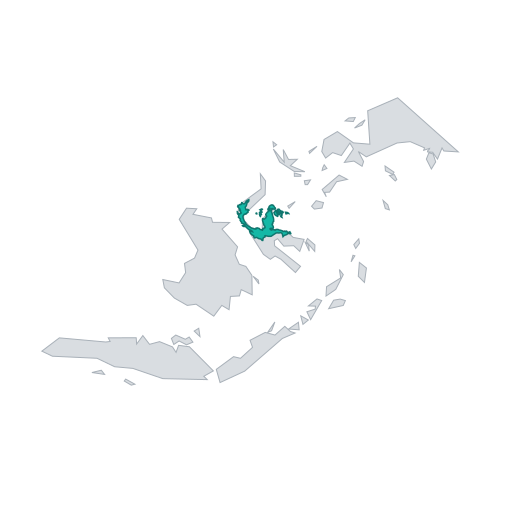 where Sulawesi Tengah sits in Indonesia, rotated 311°
{"feature_id": "IDN-557", "entity_name": "Sulawesi Tengah", "entity_type": "Province", "adm_level": 1, "iso_a3": "IDN", "parent_name": "Indonesia", "parent_adm1": "", "projection": "equal_earth", "projection_center": [121.786, -0.946], "detail": "fine", "context": "in_parent", "style": "filled", "palette": "teal", "viewbox_px": 512, "rotation_deg": 311, "n_neighbors": 0, "source": "natural_earth", "source_scale": "10m", "svg_char_len": 9782}
<svg xmlns="http://www.w3.org/2000/svg" viewBox="0 0 512 512"><g transform="rotate(311 256 256)"><path d="M177.1,201.1L185.2,215.6L197.3,213.8L203.5,206.9L214.1,211.0L222.4,208.3L233.3,174.0L246.5,172.2L252.8,180.3L246.1,181.1L255.5,197.4L252.9,201.1L264.0,214.1L254.0,212.7L250.8,236.1L243.1,239.5L238.8,248.8L241.5,255.2L238.7,265.6L224.2,278.6L220.9,266.9L215.0,269.7L208.7,263.2L197.8,270.9L196.3,262.6L182.9,263.6L180.3,242.4L173.6,236.5L170.7,222.0L171.9,207.7L177.1,201.1ZM43.7,156.8L65.2,161.3L92.5,199.0L95.8,202.0L97.3,198.2L115.7,219.2L111.2,223.7L121.7,222.8L119.5,233.6L128.1,239.4L132.6,252.6L130.8,258.9L137.8,256.2L143.8,265.3L141.3,299.2L131.0,295.5L130.7,300.3L102.3,266.1L90.4,236.8L79.7,222.0L74.5,203.1L46.8,168.1L43.7,156.8ZM468.3,259.1L467.3,340.4L458.5,328.9L459.6,325.5L448.2,329.4L450.2,321.3L447.1,317.1L448.2,316.5L450.0,316.8L451.1,316.4L445.8,313.2L448.2,312.2L443.5,297.4L433.8,288.3L403.2,274.2L402.0,264.7L397.9,275.2L393.3,277.2L391.9,267.7L384.6,261.3L400.7,259.3L402.8,252.8L387.8,254.5L384.3,246.0L375.6,244.3L378.0,237.1L388.6,230.9L403.3,235.8L405.3,255.3L415.1,268.6L438.9,245.0L468.3,259.1ZM318.9,214.0L308.3,222.6L278.8,219.8L275.2,223.1L274.0,233.4L279.6,243.6L288.1,236.8L305.3,236.2L286.0,250.0L294.7,262.8L294.4,271.8L300.1,281.4L288.2,286.0L288.5,277.7L281.7,270.5L283.2,260.9L279.5,259.8L275.9,263.4L277.4,296.4L269.4,296.6L269.9,276.9L268.5,270.4L262.9,269.0L262.1,260.5L268.9,237.8L272.0,237.2L270.8,227.5L275.9,214.3L283.5,209.8L310.0,215.8L320.9,205.3L318.9,214.0ZM144.4,300.4L165.3,305.1L168.6,311.4L184.8,313.3L188.5,306.8L204.4,313.1L208.8,322.2L221.8,323.9L221.6,331.5L223.5,336.0L211.1,330.0L161.7,323.0L136.9,311.9L144.4,300.4ZM345.3,215.8L354.2,206.7L350.2,217.2L356.1,223.7L346.7,222.7L351.7,237.6L344.9,229.5L342.5,212.2L348.1,198.9L345.3,215.8ZM349.6,262.3L371.6,265.6L373.8,274.7L364.9,268.1L352.5,269.6L349.0,266.0L346.8,270.2L349.6,262.3ZM299.2,334.1L283.1,338.1L271.7,335.1L279.1,329.4L295.0,334.3L300.5,327.8L299.2,334.1ZM252.7,328.3L263.6,330.2L265.5,334.8L243.8,339.0L247.3,331.0L254.7,335.5L257.2,333.8L252.7,328.3ZM319.0,338.2L319.4,347.2L307.2,355.2L307.8,346.5L319.0,338.2ZM143.7,247.3L146.8,257.3L151.0,258.7L149.6,264.9L143.4,261.8L141.4,253.7L135.3,252.0L138.3,246.2L143.7,247.3ZM444.9,329.9L436.7,331.3L440.9,321.0L447.3,318.8L449.2,322.7L444.9,329.9ZM273.6,343.6L278.7,347.8L281.0,352.7L275.9,354.3L263.9,345.4L273.6,343.6ZM337.2,265.1L340.6,271.9L335.5,274.3L329.7,269.3L330.0,265.3L337.2,265.1ZM222.3,328.5L233.8,331.5L228.6,337.0L222.3,328.5ZM240.2,329.0L242.0,337.5L235.2,336.3L240.2,329.0ZM163.9,260.2L158.4,266.6L158.8,258.6L163.9,260.2ZM408.6,294.3L409.8,305.2L407.3,305.7L405.2,297.8L408.6,294.3ZM218.6,313.5L209.8,316.8L206.1,314.9L218.6,313.5ZM303.0,283.4L303.0,293.2L298.0,297.3L299.9,284.2L303.0,283.4ZM60.4,208.6L68.3,214.2L67.3,219.4L60.4,208.6ZM79.8,248.7L76.7,246.6L75.2,238.6L77.6,238.4L79.8,248.7ZM378.3,326.4L376.6,322.5L381.3,315.4L381.1,321.8L378.3,326.4ZM369.7,227.3L378.8,230.1L368.6,229.1L369.7,227.3ZM314.5,247.2L322.8,249.9L313.7,249.7L314.5,247.2ZM299.1,288.2L294.6,293.0L298.5,284.2L299.1,288.2ZM416.4,234.6L421.1,235.5L425.6,240.1L421.3,241.2L416.4,234.6ZM336.4,322.3L333.4,325.8L327.1,326.3L328.8,322.3L336.4,322.3ZM408.2,307.0L406.1,312.1L404.0,311.9L404.3,303.9L408.2,307.0ZM349.2,247.2L343.7,248.1L342.1,246.3L344.5,243.1L349.2,247.2ZM417.2,246.4L424.0,247.2L430.4,249.0L424.2,250.1L417.2,246.4ZM300.4,241.2L306.1,244.6L300.3,246.3L300.4,241.2ZM353.5,198.6L349.8,197.7L353.3,193.9L353.5,198.6ZM314.0,331.6L320.2,328.7L321.0,330.5L314.0,331.6ZM369.6,247.6L368.6,252.1L363.9,249.8L366.3,248.5L369.6,247.6ZM239.3,273.5L236.8,276.6L238.8,267.1L239.3,273.5ZM343.8,230.4L346.7,236.6L345.6,237.5L341.3,232.7L343.8,230.4Z" fill="#d9dde1" stroke="#a8b0b8" stroke-width="1"/><path d="M285.8,220.6L285.1,220.4L284.2,220.7L283.8,221.3L283.6,221.3L283.2,221.2L282.8,220.8L281.6,221.1L281.3,220.7L280.9,220.6L280.8,220.3L280.4,220.4L279.7,219.8L277.9,219.9L276.9,220.5L276.0,221.7L274.7,224.0L274.4,225.0L274.1,226.6L273.6,227.3L273.6,228.3L273.4,229.4L273.6,231.0L274.0,232.0L273.8,232.5L274.3,234.7L275.8,237.7L276.4,238.2L277.0,237.7L277.3,237.8L277.6,238.5L278.1,238.6L278.9,240.4L278.7,241.7L279.2,242.5L279.5,243.5L279.7,243.9L280.3,243.5L281.1,243.2L281.1,243.7L281.3,243.8L281.7,243.9L282.6,243.7L283.0,244.2L283.4,244.2L283.7,244.0L284.3,243.0L284.6,241.4L285.2,240.8L285.7,239.8L286.2,239.2L286.7,238.1L287.4,237.2L288.1,237.0L288.2,236.6L288.5,236.5L288.8,236.6L288.9,237.6L289.4,238.2L290.2,238.2L291.3,238.4L292.2,237.9L293.0,238.0L293.3,237.5L293.5,236.4L293.9,236.0L296.5,235.8L297.2,236.1L297.8,235.8L298.7,236.4L300.6,235.9L300.9,235.6L300.3,235.4L300.2,235.2L299.1,235.0L298.9,234.8L298.8,234.6L299.3,234.5L299.7,234.1L299.8,234.2L301.0,233.9L301.4,234.0L302.0,233.4L303.5,233.6L303.8,233.7L305.1,234.5L305.1,234.9L305.2,235.2L305.4,235.3L305.4,235.6L305.5,235.9L305.4,236.4L305.4,236.9L305.0,237.6L304.9,239.0L304.6,239.5L304.2,239.6L303.5,239.3L303.3,238.8L302.7,238.2L302.7,237.4L302.2,236.9L301.9,237.5L301.4,237.6L300.2,237.8L299.8,237.7L299.6,238.0L299.2,239.2L298.8,239.8L298.7,240.3L298.2,240.7L297.9,241.5L297.3,242.1L296.9,242.9L296.7,243.1L296.5,243.7L295.4,245.1L293.7,246.6L293.3,246.4L292.6,246.7L292.3,246.7L291.6,247.3L291.1,247.4L290.7,247.3L290.7,247.6L290.1,247.9L289.7,249.4L289.1,250.3L288.5,250.6L287.9,250.6L287.4,249.9L287.0,249.7L286.8,249.1L286.2,249.0L285.9,248.7L285.6,248.8L285.5,249.2L285.5,249.6L285.9,249.5L285.8,250.5L285.9,250.8L285.9,251.4L286.5,250.3L286.8,251.2L287.3,251.9L287.5,251.9L287.7,252.2L287.9,253.2L288.1,253.5L288.5,253.7L289.2,253.7L290.4,255.1L290.6,255.5L290.9,256.7L291.4,257.3L292.1,258.9L292.2,259.2L292.2,260.2L292.8,261.0L293.4,261.2L293.7,261.6L293.8,262.3L294.7,262.6L294.9,263.1L294.5,264.0L294.6,264.5L295.6,265.6L296.0,265.4L296.2,265.9L296.4,265.9L296.3,266.2L296.1,266.4L296.0,267.1L295.7,266.9L295.6,267.0L295.3,266.7L295.2,267.0L294.7,266.2L293.6,265.2L292.5,265.2L290.0,263.8L288.3,263.7L290.0,261.2L290.1,260.2L289.8,259.3L288.4,258.2L287.3,256.7L286.4,256.0L280.9,254.5L280.5,254.2L278.9,252.3L277.4,249.6L277.0,249.5L276.7,250.1L276.4,250.3L274.9,249.7L274.1,249.7L272.2,250.9L271.8,250.5L271.8,250.1L272.0,248.7L271.8,248.1L270.9,246.6L270.5,244.4L270.1,243.9L268.8,243.2L268.7,242.9L268.9,241.9L269.7,241.1L269.4,239.3L269.4,236.9L269.7,236.3L270.5,235.7L270.2,235.3L270.3,235.2L270.6,234.9L270.9,234.4L271.7,236.9L272.0,237.4L272.2,236.6L272.1,235.4L271.5,234.0L271.2,232.3L271.4,229.4L271.6,228.7L271.6,228.0L271.5,227.8L270.9,228.0L270.4,227.7L270.1,227.1L270.0,226.7L270.0,226.3L270.3,226.5L270.4,226.1L270.8,226.4L271.4,227.4L271.7,227.6L271.9,227.5L272.1,227.0L272.4,225.5L271.5,224.0L271.4,223.4L272.2,222.8L272.1,221.9L272.4,221.2L272.6,220.5L273.1,220.2L273.7,220.0L273.8,219.6L273.7,218.1L273.7,217.5L273.8,217.2L274.5,217.0L275.5,216.2L275.8,214.3L276.0,214.0L276.4,214.0L276.6,214.1L276.6,215.7L276.8,215.6L277.0,216.0L277.3,216.3L277.8,216.5L278.0,216.3L278.7,216.6L279.1,216.0L279.0,215.7L279.6,214.3L279.8,214.0L280.2,214.2L280.4,213.7L280.9,213.3L280.9,212.1L281.1,211.2L281.1,210.0L281.2,209.8L281.5,209.8L281.9,209.5L281.9,210.0L282.4,209.6L283.5,209.8L284.2,210.1L284.4,210.5L285.2,211.0L285.7,210.7L286.4,210.6L286.9,210.2L287.1,210.4L287.1,210.7L286.7,211.0L286.9,211.8L287.2,212.4L287.6,212.9L288.2,213.1L291.3,212.7L291.5,212.8L291.6,213.3L291.9,213.6L292.1,213.6L292.6,213.1L293.8,213.6L293.3,214.1L292.4,214.6L291.9,214.7L290.7,214.2L287.4,215.8L286.2,215.7L285.5,216.1L285.1,216.7L284.9,217.4L284.2,217.8L285.0,219.0L285.8,219.2L285.9,220.2L285.8,220.6ZM305.5,241.9L306.4,242.5L306.2,244.4L305.6,245.1L305.1,245.4L304.8,245.2L304.7,245.4L304.6,244.9L304.3,244.5L304.3,244.2L304.0,244.2L303.7,244.8L303.6,246.9L303.4,246.4L303.0,246.8L302.3,246.2L302.3,245.9L303.0,245.4L303.0,245.0L302.8,242.9L302.7,242.7L302.6,243.0L302.2,243.3L301.2,245.3L300.3,246.3L300.1,246.3L299.6,244.5L299.6,242.9L299.8,242.4L300.5,241.2L301.2,241.4L301.6,241.1L302.3,241.0L302.7,241.3L302.8,241.2L302.9,240.8L303.1,240.8L303.6,241.8L303.2,242.3L303.2,242.8L303.4,243.1L303.5,243.9L304.3,242.6L304.6,241.8L305.1,241.7L305.3,242.2L305.5,241.9ZM306.9,246.5L307.0,246.8L306.9,247.8L306.5,248.0L306.1,247.8L305.9,247.8L305.7,247.1L305.9,246.4L305.7,246.0L306.0,245.3L306.2,245.2L306.4,245.2L306.6,246.5L306.9,246.5ZM290.7,231.5L291.0,231.8L291.2,232.3L291.0,232.8L290.9,232.8L290.5,232.4L290.6,232.7L290.4,232.8L289.6,232.4L289.2,233.1L289.0,233.3L288.7,233.3L289.0,232.3L289.6,231.8L289.7,231.5L290.0,231.8L290.7,231.5ZM292.3,230.6L292.5,230.9L292.4,231.4L292.3,231.5L291.9,231.5L291.4,231.6L291.1,231.5L290.7,231.2L290.8,230.6L291.3,230.7L291.3,230.3L292.3,230.6ZM302.5,248.5L302.7,249.3L302.2,250.2L302.0,249.5L302.2,248.4L302.3,248.3L302.5,248.5ZM309.3,250.9L309.4,251.5L309.3,251.4L309.0,251.5L308.7,251.4L308.5,250.5L308.5,250.2L308.6,249.9L309.3,250.9ZM293.3,231.2L293.2,231.4L292.9,231.2L292.8,231.5L292.7,231.4L292.6,230.6L292.7,229.8L292.9,229.7L293.0,230.4L293.3,231.0L293.3,231.2ZM304.7,247.4L304.9,247.6L304.8,247.9L304.1,248.8L303.9,248.8L303.8,248.6L303.9,248.3L304.7,247.4ZM295.4,229.7L295.5,230.8L295.0,229.7L294.7,229.4L294.4,229.5L294.1,228.9L295.1,229.3L295.4,229.7ZM288.1,228.7L288.0,228.3L288.3,228.0L288.6,228.0L288.8,228.3L288.5,228.9L288.3,229.0L288.1,228.7ZM293.9,229.3L294.2,229.9L293.9,229.8L293.4,229.5L293.4,229.4L293.7,228.9L293.8,229.0L293.7,229.3L293.9,229.3ZM276.9,212.9L277.1,212.8L277.2,213.2L277.1,213.4L276.9,213.6L276.8,213.3L276.9,212.9ZM309.4,251.7L309.6,252.1L309.5,252.4L309.4,252.1L309.1,252.1L309.3,251.6L309.4,251.7ZM308.0,250.2L308.2,250.7L307.9,250.9L307.9,250.4L308.0,250.2ZM279.1,213.0L279.6,213.2L279.8,213.4L279.1,213.0ZM307.3,250.3L307.5,250.8L307.5,251.0L307.4,250.8L307.3,250.3Z" fill="#14b8a6" stroke="#0f766e" stroke-width="1.5"/></g></svg>